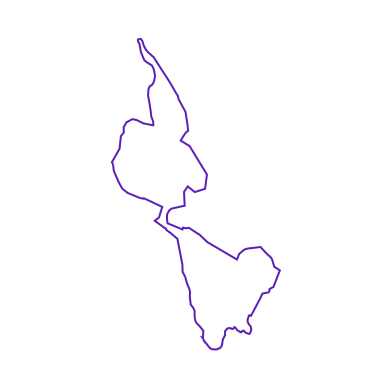 Morne Dudon, Castries, Saint Lucia, rotated 81°
{"feature_id": "8701671B250084574474", "entity_name": "Morne Dudon", "entity_type": "district", "adm_level": 2, "iso_a3": "LCA", "parent_name": "Saint Lucia", "parent_adm1": "Castries", "projection": "mercator", "projection_center": [-60.965, 14.012], "detail": "fine", "context": "isolated", "style": "outline", "palette": "violet", "viewbox_px": 384, "rotation_deg": 81, "n_neighbors": 0, "source": "geoboundaries", "source_scale": "gbopen_adm2", "svg_char_len": 5725}
<svg xmlns="http://www.w3.org/2000/svg" viewBox="0 0 384 384"><g transform="rotate(81 192 192)"><path d="M214.6,233.3L223.2,224.7L223.7,223.7L224.7,223.5L225.8,222.9L226.8,222.0L229.3,219.4L233.3,216.0L236.0,213.7L236.7,213.7L261.4,212.9L261.5,212.8L262.0,212.9L262.5,212.9L263.4,213.0L264.0,213.0L264.5,213.1L265.0,213.2L265.8,213.3L266.4,213.4L266.9,213.5L267.4,213.5L268.3,213.6L268.7,213.7L269.3,213.8L269.8,213.7L270.6,213.5L271.0,213.3L271.2,213.2L272.3,212.8L273.3,212.5L274.1,212.1L274.5,212.0L275.3,211.9L275.9,211.9L276.3,211.8L276.9,211.8L277.7,211.7L278.1,211.6L278.7,211.5L279.4,211.6L279.6,211.6L280.2,211.4L281.2,211.2L282.6,211.0L284.1,210.7L284.9,210.4L285.4,210.2L286.0,210.1L286.5,210.0L287.3,209.9L287.8,209.8L288.4,209.7L288.8,209.6L289.7,209.6L290.2,209.6L290.7,209.6L291.5,209.7L292.6,210.0L293.0,210.1L293.9,210.4L294.5,210.4L295.1,210.5L295.6,210.5L296.3,210.6L296.8,210.7L297.0,210.6L302.8,210.9L305.9,209.3L308.2,208.3L310.5,208.1L315.6,208.9L319.1,208.9L321.6,208.3L326.6,204.9L330.9,202.5L337.9,204.1L337.7,204.4L337.9,204.3L338.3,204.1L339.2,203.8L339.3,203.8L339.6,203.7L339.9,203.7L340.6,203.4L340.9,203.4L341.2,203.2L341.5,203.1L341.9,202.9L342.1,202.7L342.3,202.5L342.7,202.4L343.0,202.4L343.2,202.1L343.6,201.8L343.7,201.7L343.9,201.6L344.5,201.2L344.9,201.0L345.3,200.8L345.6,200.7L345.9,200.5L346.3,200.3L346.4,200.2L346.5,200.1L346.9,199.9L347.1,199.8L347.5,199.5L348.1,199.2L348.3,199.0L348.5,198.8L349.0,198.7L349.3,198.4L349.4,198.2L349.7,197.9L349.8,197.8L349.9,197.5L350.2,197.2L350.3,197.0L350.4,196.7L350.5,196.5L350.6,196.0L350.7,195.6L350.8,195.1L350.9,194.8L351.0,194.5L351.0,194.3L351.0,194.2L351.2,193.8L351.2,193.1L351.2,192.8L351.2,192.6L351.3,192.4L351.3,192.1L351.2,191.9L351.1,191.6L351.2,191.3L351.2,191.0L350.9,190.5L350.7,190.3L350.7,190.1L350.6,189.9L350.6,189.7L350.6,189.3L350.6,189.1L350.6,188.9L350.5,188.6L350.4,188.5L350.3,188.4L350.1,188.2L349.8,187.9L349.7,187.8L349.4,187.5L349.2,187.3L349.0,187.2L348.9,187.1L348.5,186.7L348.3,186.5L348.1,186.4L347.8,186.3L347.7,186.3L347.3,186.1L347.2,186.1L346.9,186.1L346.7,186.0L346.6,185.9L346.1,185.8L345.8,185.6L345.6,185.6L345.4,185.5L345.0,185.4L344.7,185.3L344.5,185.2L344.3,185.1L343.9,185.0L343.7,185.1L343.3,185.0L343.1,184.8L342.8,184.7L342.5,184.6L342.2,184.4L341.8,184.2L341.6,184.1L341.4,183.9L341.2,183.7L340.9,183.4L340.6,183.2L340.3,183.0L340.1,182.9L339.8,182.6L339.7,182.6L339.3,182.3L339.1,182.2L338.9,182.0L338.8,181.8L338.6,181.8L338.5,181.7L338.0,181.7L337.8,181.6L337.6,181.5L337.2,181.4L336.9,181.4L336.7,181.4L336.1,181.4L335.9,181.3L335.7,181.3L335.3,181.2L335.1,181.2L334.9,181.1L334.7,181.1L334.3,180.8L334.1,180.6L333.9,180.3L333.8,180.1L333.6,179.9L333.3,179.6L333.1,179.3L333.0,179.2L332.9,179.0L332.8,178.9L332.6,178.9L332.5,178.7L332.4,178.5L332.4,178.2L332.3,177.8L332.2,177.5L332.2,177.3L332.3,177.0L332.3,176.6L332.3,176.3L332.3,176.1L332.4,175.9L332.4,175.6L332.6,175.5L332.7,175.2L332.8,174.8L332.9,174.7L333.2,174.4L333.3,174.2L333.5,174.0L333.6,173.8L333.6,173.6L333.6,172.8L333.5,172.6L333.3,172.4L333.1,172.3L332.7,171.9L332.5,171.7L332.3,171.5L332.1,171.4L332.3,170.9L332.6,170.7L332.8,170.4L333.2,170.1L333.7,169.9L334.1,169.8L334.4,169.6L334.6,169.4L334.9,169.3L335.2,169.2L336.0,168.5L336.8,167.5L337.2,167.0L337.5,166.6L337.9,166.3L338.2,165.7L338.3,165.4L338.1,165.1L337.8,165.0L337.6,164.9L337.5,164.5L337.2,164.1L337.0,163.8L336.9,163.4L336.9,163.2L337.0,163.0L337.1,162.6L337.4,162.3L337.9,162.1L338.0,162.0L338.2,161.9L338.3,161.9L338.5,161.7L338.9,161.4L339.1,161.1L339.3,160.9L339.5,160.5L339.8,160.3L339.9,160.1L340.3,159.4L340.4,159.1L340.7,158.6L341.0,158.2L341.0,157.8L340.9,157.5L340.9,157.0L340.6,156.7L340.1,156.4L339.6,156.2L339.2,156.0L338.9,155.8L338.7,155.6L338.1,155.5L337.7,155.3L337.4,155.2L336.9,155.0L336.5,154.9L336.1,154.9L335.8,154.9L335.1,155.0L334.7,155.0L334.2,155.2L333.8,155.3L333.7,155.3L333.4,155.3L332.8,155.7L332.3,156.0L332.2,156.1L331.9,156.3L331.7,156.4L331.5,156.5L331.2,156.7L330.9,156.8L330.5,156.8L330.0,157.0L329.7,157.1L329.0,157.3L328.5,157.3L328.2,157.3L327.9,157.3L327.7,157.2L327.1,157.0L326.9,156.9L326.5,157.0L326.1,156.7L325.6,156.5L325.1,156.2L324.8,156.0L324.5,155.7L323.8,155.5L323.7,155.4L323.6,155.2L323.1,154.9L322.9,155.0L322.8,154.3L322.8,154.1L322.9,153.7L323.4,153.0L307.7,141.2L306.4,140.4L305.6,139.9L305.0,139.5L304.6,139.3L304.3,139.1L303.8,138.5L303.3,138.1L303.2,137.6L303.3,136.9L303.2,135.2L303.1,132.1L301.9,131.0L300.8,130.7L300.0,130.7L298.5,126.4L283.7,117.8L283.1,117.5L278.7,122.4L270.4,123.6L269.2,124.4L269.1,124.5L268.8,124.4L264.9,127.7L257.0,133.0L256.7,142.9L256.6,143.0L256.6,147.2L257.4,150.1L260.5,155.0L265.7,158.2L243.9,184.7L234.9,191.5L235.0,191.8L226.9,200.6L226.9,203.9L225.7,206.3L227.5,207.3L219.1,221.0L215.1,221.0L210.3,220.2L206.8,217.5L206.7,217.2L205.2,214.9L204.4,201.4L190.5,199.8L185.8,195.3L192.5,189.3L190.9,178.6L177.1,174.5L146.2,187.2L146.1,187.4L139.5,195.1L135.5,191.8L132.5,189.0L130.9,186.2L124.1,185.9L111.8,185.9L98.0,190.8L95.2,190.8L91.3,192.5L83.7,195.3L77.7,197.8L52.9,208.8L49.6,211.5L46.9,213.7L44.8,214.9L43.7,215.5L39.7,216.8L35.5,217.3L32.7,218.6L32.9,221.4L34.9,221.7L35.2,221.7L37.2,220.7L39.4,220.7L45.6,220.6L53.2,218.8L54.6,218.3L57.4,215.7L60.6,211.9L65.0,210.5L71.6,210.3L75.9,211.9L78.3,213.2L80.0,214.8L81.1,217.4L83.7,218.9L89.9,220.3L97.6,220.1L103.4,220.1L111.0,220.4L116.5,219.3L120.1,219.8L116.6,229.3L112.3,235.3L110.7,239.6L112.2,243.7L112.8,245.7L117.4,249.4L122.5,250.0L125.7,253.5L138.0,256.8L150.1,266.5L150.5,266.1L154.3,265.7L158.7,265.9L164.6,264.5L169.0,263.2L169.3,263.4L177.7,260.4L182.8,255.8L189.5,244.8L191.0,241.3L190.6,240.6L202.1,223.7L212.0,228.6L214.6,233.3Z" fill="none" stroke="#5b21b6" stroke-width="2"/></g></svg>